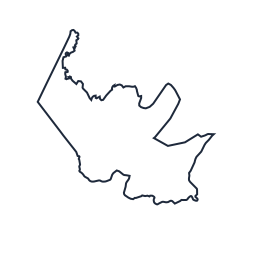 outline of Quiché, rotated 296°
{"feature_id": "GTM-3467", "entity_name": "Quiché", "entity_type": "Department", "adm_level": 1, "iso_a3": "GTM", "parent_name": "Guatemala", "parent_adm1": "", "projection": "mercator", "projection_center": [-90.931, 15.443], "detail": "fine", "context": "isolated", "style": "outline", "palette": "slate", "viewbox_px": 256, "rotation_deg": 296, "n_neighbors": 0, "source": "natural_earth", "source_scale": "10m", "svg_char_len": 3647}
<svg xmlns="http://www.w3.org/2000/svg" viewBox="0 0 256 256"><g transform="rotate(296 128 128)"><path d="M111.9,35.4L112.7,35.4L132.4,35.3L152.0,35.3L171.7,35.3L184.4,35.2L187.2,34.9L189.8,34.0L191.5,34.9L192.2,36.0L191.9,37.4L190.7,39.1L191.5,40.7L190.9,42.0L189.5,42.7L187.8,42.0L187.5,42.8L187.0,43.4L186.8,44.1L185.9,44.1L184.2,43.1L181.4,44.8L180.0,44.1L179.0,44.1L178.5,45.1L178.0,45.1L177.0,44.1L176.7,44.6L176.5,45.1L176.3,45.1L176.1,44.1L175.5,44.8L174.6,45.6L174.1,46.1L172.2,45.1L171.0,43.9L169.5,43.0L167.1,43.1L167.1,42.0L167.8,41.8L168.5,41.4L169.2,41.1L169.2,40.0L168.2,39.4L167.4,39.4L166.7,39.9L166.3,41.1L165.3,41.1L163.3,39.0L159.6,39.8L153.5,43.1L154.6,45.1L153.3,46.0L153.3,46.6L153.6,47.4L153.1,48.6L152.1,49.2L151.4,48.6L151.0,47.6L150.6,47.2L149.0,47.9L146.8,49.8L144.9,50.2L144.9,51.3L145.5,51.8L146.7,53.2L147.7,52.2L147.9,52.7L147.9,53.0L148.0,53.1L148.8,53.2L148.8,54.3L147.3,55.3L146.2,57.4L144.9,62.3L148.4,62.7L149.3,65.3L147.8,68.2L144.3,69.5L143.7,70.4L141.9,75.6L138.0,80.5L137.1,82.7L138.9,82.4L140.6,82.6L142.0,83.4L142.9,84.7L142.2,85.0L141.6,85.5L140.9,85.8L140.9,86.7L143.0,88.3L143.8,88.8L141.9,90.2L141.3,91.9L142.4,93.3L147.7,94.2L153.8,96.0L155.5,96.9L156.6,96.2L158.0,96.0L159.3,96.2L160.4,96.9L159.9,97.0L159.5,97.0L159.3,97.2L159.4,97.9L162.1,99.7L163.5,101.6L163.6,103.7L162.4,106.1L164.5,107.6L166.0,110.7L166.9,113.7L167.7,115.1L168.6,115.9L167.6,117.7L166.1,119.3L165.3,119.7L161.3,123.2L161.3,124.3L162.5,125.8L160.7,126.7L155.0,127.3L153.1,128.3L152.5,130.6L152.8,133.3L153.5,135.4L156.5,138.2L160.9,140.0L183.3,143.4L185.6,144.7L185.5,147.7L184.1,151.1L182.8,153.6L181.9,154.9L176.5,162.2L171.8,162.6L155.1,161.9L131.5,156.3L130.3,155.7L129.4,171.7L140.1,185.5L152.9,193.6L152.8,194.2L152.2,197.5L154.7,200.1L155.7,201.0L156.6,201.6L157.7,202.6L158.3,204.0L160.0,207.8L158.0,207.0L152.9,205.9L148.7,204.5L146.3,204.2L138.9,204.2L132.1,202.2L129.9,202.2L128.0,202.5L126.3,202.9L117.0,203.1L114.4,202.6L112.0,204.1L109.6,204.8L108.2,205.5L107.7,205.9L106.8,207.4L103.6,216.5L102.5,217.3L98.7,219.2L96.4,218.4L95.7,218.8L95.1,220.8L95.0,221.1L94.8,221.4L94.6,221.7L94.3,221.9L93.9,222.0L93.5,222.0L93.1,222.0L92.7,221.6L92.4,220.9L92.2,219.3L92.2,218.5L92.3,217.9L92.5,217.6L93.7,216.3L94.1,215.7L94.5,215.0L94.5,214.6L94.3,214.2L93.6,213.7L92.0,213.0L91.2,212.8L90.6,212.7L90.2,212.7L89.8,212.6L88.9,212.0L87.6,209.5L86.8,207.6L85.1,206.8L80.6,203.2L80.9,202.3L81.7,199.8L81.6,198.9L81.2,198.1L78.9,196.4L77.9,194.8L77.2,192.2L76.8,191.4L76.5,191.0L74.0,189.1L72.5,188.1L72.2,187.8L72.1,187.5L72.0,187.1L72.0,186.6L72.1,185.4L72.4,184.5L72.9,183.8L74.1,182.9L74.8,182.6L75.4,182.4L76.9,182.4L77.3,182.1L77.6,181.5L77.8,180.0L77.7,179.2L76.9,177.6L75.9,177.3L75.7,175.2L74.3,173.2L73.6,170.3L72.6,169.9L68.6,165.8L68.2,164.8L66.3,163.8L65.6,161.5L65.6,158.9L66.2,154.7L66.9,153.5L68.0,152.7L74.2,151.6L77.4,150.5L78.7,150.5L82.2,151.1L83.5,151.0L85.7,150.4L84.9,147.5L84.1,145.3L84.0,144.4L85.2,139.1L84.9,136.5L81.0,134.6L79.1,134.3L75.0,134.8L74.2,134.8L73.6,134.6L70.9,132.1L70.0,131.1L69.2,129.8L68.6,128.4L68.5,127.6L68.5,125.7L68.3,125.3L68.1,124.8L65.3,121.3L64.8,120.7L64.7,120.3L64.5,120.0L64.2,119.4L64.0,119.0L63.9,118.6L63.8,117.7L63.8,117.2L63.9,116.7L64.0,116.3L64.3,115.6L65.1,114.3L65.3,110.9L65.4,110.3L65.7,109.5L66.2,108.8L67.0,107.1L67.4,105.7L67.6,103.9L67.9,103.3L68.3,103.0L68.8,103.1L69.3,103.0L69.9,102.8L71.7,101.3L72.0,101.1L72.4,101.0L72.8,101.0L73.7,101.0L74.2,100.9L78.1,98.1L78.6,97.3L79.2,97.2L80.4,97.1L81.0,96.9L81.2,96.6L81.1,96.3L81.0,96.0L80.8,95.0L83.4,92.4L83.8,92.0L93.0,73.0L94.4,70.3L111.9,35.4Z" fill="none" stroke="#1e293b" stroke-width="2"/></g></svg>